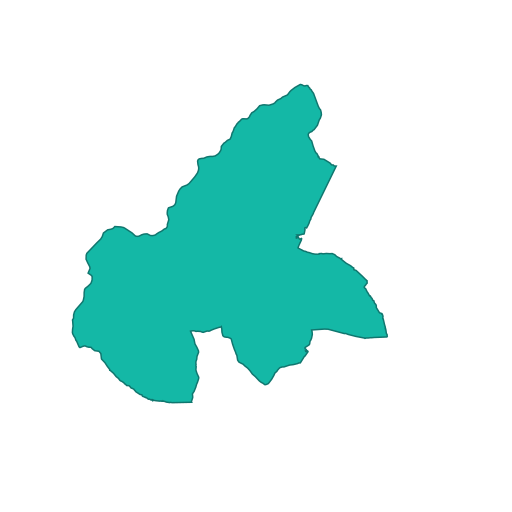 Ohaba Lunga, Timis, Romania (Robinson projection), rotated 296°
{"feature_id": "2599482B82981888181214", "entity_name": "Ohaba Lunga", "entity_type": "district", "adm_level": 2, "iso_a3": "ROU", "parent_name": "Romania", "parent_adm1": "Timis", "projection": "robinson", "projection_center": [21.992, 45.927], "detail": "fine", "context": "isolated", "style": "filled", "palette": "teal", "viewbox_px": 512, "rotation_deg": 296, "n_neighbors": 0, "source": "geoboundaries", "source_scale": "gbopen_adm2", "svg_char_len": 6102}
<svg xmlns="http://www.w3.org/2000/svg" viewBox="0 0 512 512"><g transform="rotate(296 256 256)"><path d="M280.3,367.8L282.5,366.6L282.4,366.1L282.8,365.5L283.1,364.3L284.5,360.3L286.9,352.3L286.6,350.0L288.1,349.1L288.1,347.9L288.7,345.5L289.0,340.4L289.4,338.5L290.3,334.6L291.2,334.1L290.5,333.5L290.8,332.3L290.9,328.7L291.7,326.3L291.6,323.4L290.5,321.5L289.1,318.1L287.3,315.3L287.0,313.8L285.8,311.7L285.2,311.8L283.6,308.4L282.8,305.6L282.4,302.2L281.9,300.6L281.9,298.6L281.4,296.7L281.6,290.4L282.0,290.1L284.5,289.9L290.1,289.8L291.6,289.4L291.7,289.1L290.5,288.2L290.3,287.6L291.1,286.2L291.8,285.3L290.9,284.5L290.3,284.9L290.0,284.9L289.8,284.4L291.0,283.7L291.5,283.8L293.3,285.4L293.3,284.4L294.9,287.2L295.8,287.9L296.6,289.3L297.0,289.6L301.2,288.5L301.4,288.1L301.7,287.9L302.9,287.6L303.1,287.7L303.4,289.2L305.7,289.3L308.7,289.3L311.2,288.9L313.4,289.1L314.5,288.6L319.2,288.9L320.4,288.7L372.0,288.7L371.2,286.9L371.7,285.5L371.1,284.2L371.1,283.8L372.0,281.9L372.7,274.7L371.3,270.7L372.2,269.3L372.6,269.2L372.7,268.9L372.3,268.5L372.4,268.3L373.1,268.1L374.8,265.8L374.9,264.9L376.1,263.0L380.0,259.0L383.8,255.6L384.5,253.8L386.3,250.9L388.2,249.6L389.4,249.6L390.8,250.2L392.3,251.6L394.2,252.2L395.0,252.8L400.4,253.9L405.9,253.2L408.2,253.4L411.6,252.9L413.7,251.6L415.6,250.0L416.3,248.4L417.9,246.3L427.4,236.4L428.7,233.9L429.5,232.9L429.9,231.2L430.4,230.8L431.1,228.9L431.9,227.9L431.3,226.5L430.4,225.6L430.1,224.8L429.9,224.1L430.0,222.1L429.6,220.6L424.5,217.1L420.3,215.0L418.5,214.4L414.8,213.7L414.1,213.3L410.5,210.2L408.4,209.3L405.6,207.0L402.9,206.0L402.0,205.9L400.3,204.8L397.2,201.6L395.7,197.6L394.9,196.0L392.7,193.4L388.7,192.4L385.0,190.9L382.8,189.4L379.8,189.0L378.2,189.1L376.0,188.4L375.1,187.5L373.6,184.0L372.7,183.1L369.8,182.2L368.5,181.5L367.6,181.4L366.6,181.0L363.3,180.7L361.7,180.3L358.9,180.7L356.7,180.8L356.2,180.6L352.7,181.4L349.7,181.5L347.4,179.6L344.6,178.5L343.4,177.7L339.3,176.8L336.6,177.9L335.0,178.0L332.4,177.7L330.6,177.0L328.0,175.4L326.5,173.4L325.4,171.1L324.3,169.5L323.3,168.2L321.0,166.3L319.8,164.2L318.4,162.4L317.2,161.8L315.7,161.9L312.7,163.8L310.9,165.4L309.4,166.2L307.8,166.7L305.1,167.0L300.4,166.3L291.8,164.1L289.6,162.9L285.7,159.3L283.0,158.4L280.4,158.1L274.9,158.4L268.8,160.5L266.7,160.6L265.0,160.0L264.1,159.4L261.0,156.3L260.5,156.2L258.0,156.5L255.8,157.3L254.4,158.1L252.9,159.8L250.4,161.7L245.4,162.5L244.1,163.2L243.4,163.4L241.2,163.0L240.1,161.8L237.2,160.4L234.3,158.2L231.9,156.8L231.2,156.6L230.0,155.5L228.8,153.8L228.1,152.0L228.2,148.6L227.4,147.0L226.5,145.6L225.1,144.1L222.6,142.2L221.8,141.1L221.1,139.3L221.2,138.4L222.4,134.5L223.5,125.7L223.5,124.4L222.9,121.9L220.6,116.2L218.5,115.6L217.3,114.7L216.5,113.9L214.5,111.2L209.8,108.8L206.1,109.3L203.1,109.0L198.1,107.2L184.3,102.8L182.4,103.0L178.6,104.7L175.9,108.0L173.7,111.0L172.2,112.3L167.0,112.6L166.5,116.1L165.8,117.7L162.6,119.2L159.6,119.6L158.3,119.4L155.3,118.3L152.2,116.8L150.9,116.6L148.0,117.5L144.1,119.3L140.4,120.2L139.1,120.3L128.9,117.6L126.3,117.3L123.1,117.9L120.1,119.3L118.0,119.1L117.4,119.6L112.6,122.4L109.9,123.2L106.8,124.5L105.7,125.4L103.9,127.8L103.4,129.0L101.1,131.3L101.0,131.9L96.9,136.7L96.5,137.6L96.7,138.1L98.8,139.9L99.8,141.0L100.3,142.0L100.3,143.8L100.7,145.6L101.6,147.7L100.9,149.4L100.2,152.5L101.5,156.6L100.3,159.3L95.8,162.2L95.6,162.5L93.9,167.0L91.6,170.8L90.0,174.1L89.2,174.6L89.3,175.0L88.1,179.4L86.3,183.2L85.7,186.0L84.6,188.1L84.4,189.1L84.5,190.6L84.3,191.4L84.3,192.5L83.5,193.9L83.6,194.7L82.9,196.5L83.8,198.9L83.3,200.3L82.8,200.9L82.6,202.0L82.8,202.3L82.7,204.7L82.1,205.7L81.9,206.6L81.5,207.0L81.3,207.7L80.7,212.6L81.2,214.2L80.3,215.3L80.2,215.9L80.4,217.3L80.3,217.7L80.5,218.3L80.3,218.8L80.6,219.2L80.5,220.2L80.1,222.0L80.7,223.1L80.5,224.4L80.9,225.7L80.6,226.7L81.1,226.8L81.4,225.6L81.6,226.0L81.5,227.5L82.0,229.3L83.4,233.2L84.2,234.5L84.1,234.9L84.5,235.7L85.0,235.8L84.8,236.4L85.1,236.8L85.2,237.8L85.4,238.4L85.3,239.1L86.4,242.7L87.0,243.4L87.4,244.9L96.3,262.2L96.5,261.9L98.1,261.6L100.9,261.2L101.8,260.8L104.2,259.3L107.1,259.7L111.6,259.4L114.9,258.8L116.5,258.8L120.7,258.2L121.9,257.7L124.5,254.5L126.8,252.3L127.5,251.8L130.4,250.7L130.9,250.1L132.4,249.6L133.3,248.9L135.1,248.2L137.2,248.0L139.8,247.0L144.3,246.6L145.5,245.9L148.0,242.9L150.3,239.6L154.0,236.8L159.7,230.1L161.0,231.8L161.7,233.2L161.9,235.1L162.9,236.7L163.3,238.0L163.8,238.8L164.0,241.1L164.3,242.1L167.1,244.9L167.7,246.4L168.3,247.3L169.4,248.0L172.1,250.4L175.6,254.0L176.8,255.6L177.3,255.8L175.3,257.3L172.6,258.8L169.8,261.2L169.4,262.9L170.0,265.0L170.6,266.4L170.8,268.9L170.6,270.1L166.5,273.6L162.6,277.5L160.7,279.7L159.2,281.1L158.4,282.3L154.4,285.1L153.6,286.4L153.2,287.1L153.1,288.8L153.1,291.8L152.3,294.1L151.6,297.6L150.3,300.8L148.3,304.5L147.3,308.3L145.2,313.7L144.7,316.1L144.7,317.9L144.2,320.3L144.6,321.1L146.4,322.8L147.5,323.2L152.0,324.1L156.4,324.4L159.1,324.3L161.4,325.3L163.2,325.5L165.9,326.3L167.7,328.1L168.6,329.8L172.7,334.0L174.7,337.1L177.6,340.6L178.8,341.5L179.1,342.4L179.4,342.7L186.9,343.5L187.5,343.9L192.7,344.7L193.1,344.5L193.3,343.5L192.1,343.0L192.0,342.6L192.4,342.1L192.7,342.5L193.8,342.3L194.1,341.7L194.2,340.7L195.3,340.2L199.2,342.6L200.4,342.8L203.1,341.9L204.1,342.1L206.4,342.0L210.2,341.0L212.4,339.7L213.9,338.4L220.3,349.5L221.8,352.9L225.0,369.4L225.7,370.6L225.9,373.2L227.5,381.0L229.8,389.5L229.7,390.0L230.6,391.0L231.5,392.8L232.7,394.6L233.6,396.4L234.4,397.6L240.6,409.1L241.4,409.2L242.0,408.7L242.7,408.4L243.7,407.0L246.4,405.2L246.5,404.8L246.9,404.8L247.2,404.4L247.7,404.2L247.8,403.7L248.6,403.5L250.9,401.4L255.0,398.1L255.2,397.4L255.5,397.3L255.5,397.6L256.8,396.6L257.5,396.6L258.8,395.3L258.8,394.8L259.4,394.5L259.2,394.1L259.4,393.7L259.1,391.9L262.4,386.7L263.9,386.0L264.7,385.3L265.1,384.6L265.6,383.2L267.5,381.4L267.4,380.3L268.8,378.8L269.0,377.9L270.2,376.3L269.9,375.7L270.4,374.9L271.9,372.8L272.5,371.6L274.8,368.7L274.8,367.7L275.1,367.2L275.5,366.9L276.6,366.8L277.4,367.2L279.1,367.4L280.3,367.8Z" fill="#14b8a6" stroke="#0f766e" stroke-width="1.5"/></g></svg>